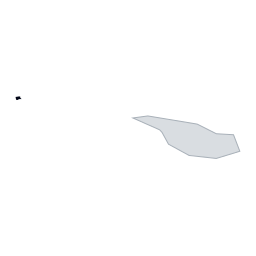 Dilong, Kayangel, Palau (highlighted), rotated 271°
{"feature_id": "81905179B74113200519778", "entity_name": "Dilong", "entity_type": "district", "adm_level": 2, "iso_a3": "PLW", "parent_name": "Palau", "parent_adm1": "Kayangel", "projection": "robinson", "projection_center": [134.717, 8.088], "detail": "fine", "context": "in_parent", "style": "filled", "palette": "ink", "viewbox_px": 256, "rotation_deg": 271, "n_neighbors": 0, "source": "geoboundaries", "source_scale": "gbopen_adm2", "svg_char_len": 794}
<svg xmlns="http://www.w3.org/2000/svg" viewBox="0 0 256 256"><g transform="rotate(271 128 128)"><path d="M123.1,233.6L106.7,240.2L99.1,216.8L101.6,189.6L112.5,168.8L124.2,162.1L126.7,159.7L138.1,132.7L140.4,147.6L133.1,197.1L123.8,216.4L123.1,233.6Z" fill="#d9dde1" stroke="#a8b0b8" stroke-width="1"/><path d="M156.9,18.9L156.9,18.6L156.9,18.4L156.9,18.2L156.8,17.8L156.7,17.4L156.7,17.2L156.6,16.8L156.5,16.6L156.4,16.4L156.5,16.2L156.4,16.0L156.4,15.9L156.2,15.9L156.0,16.1L155.9,16.2L155.7,16.2L155.3,16.2L155.1,16.2L154.9,16.3L154.8,16.5L154.9,16.9L154.9,17.0L155.0,17.1L155.2,17.4L155.3,17.5L155.4,17.9L155.5,18.0L155.6,18.3L155.7,18.6L155.7,18.8L155.8,19.0L155.8,19.3L155.9,19.2L156.0,19.2L156.3,19.1L156.7,18.9L156.9,18.9Z" fill="#0f172a" stroke="#020617" stroke-width="1.5"/></g></svg>